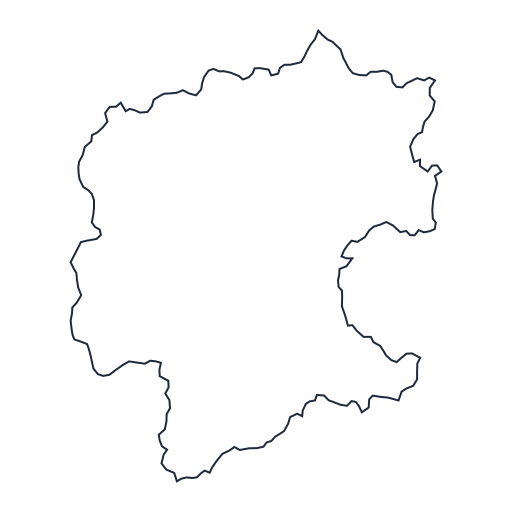 outline of Jundiaí, São Paulo, Brazil
{"feature_id": "56859067B11447727870943", "entity_name": "Jundiaí", "entity_type": "district", "adm_level": 2, "iso_a3": "BRA", "parent_name": "Brazil", "parent_adm1": "São Paulo", "projection": "robinson", "projection_center": [-46.901, -23.201], "detail": "fine", "context": "isolated", "style": "outline", "palette": "slate", "viewbox_px": 512, "rotation_deg": 0, "n_neighbors": 0, "source": "geoboundaries", "source_scale": "gbopen_adm2", "svg_char_len": 3297}
<svg xmlns="http://www.w3.org/2000/svg" viewBox="0 0 512 512"><path d="M176.9,481.3L181.5,478.6L186.8,477.4L192.1,478.0L196.9,477.4L200.8,473.4L204.6,470.6L209.7,472.7L212.0,467.6L216.4,461.3L222.4,453.8L228.9,450.8L234.5,447.0L239.7,450.0L248.9,448.3L257.1,448.1L263.5,446.7L266.5,442.5L271.3,441.0L275.2,436.6L279.5,434.1L284.1,431.0L288.1,423.8L290.1,417.1L297.2,413.7L302.2,416.2L302.7,410.6L305.8,404.0L309.6,401.4L314.9,400.5L316.9,395.0L324.1,395.5L328.7,400.3L334.7,402.5L340.7,404.8L347.0,405.8L351.5,401.1L355.8,401.9L358.8,405.8L361.9,412.3L368.7,407.5L369.2,399.4L372.7,395.6L377.5,396.4L382.4,397.1L387.6,397.5L392.2,398.7L398.5,400.5L401.6,391.6L406.5,388.5L413.2,385.8L417.1,379.4L417.1,371.8L417.3,363.7L420.2,357.8L412.0,353.4L406.5,353.7L401.0,358.1L396.7,362.1L391.1,360.0L386.0,355.3L383.6,351.1L380.2,345.9L373.5,342.2L370.8,336.9L363.6,336.9L356.7,330.7L352.4,325.2L347.9,325.6L346.3,319.5L344.3,313.1L341.9,306.3L342.2,296.1L341.9,290.5L338.6,286.9L338.0,280.2L339.2,274.8L339.5,269.0L346.5,266.2L352.3,258.3L346.5,258.3L341.5,256.4L344.1,250.3L347.5,245.3L351.6,240.7L357.3,241.9L365.0,237.1L369.2,230.4L373.8,226.6L379.7,224.8L386.4,222.0L393.0,225.5L400.2,232.1L406.3,231.0L410.1,235.2L414.7,235.2L418.7,230.1L423.9,232.3L429.8,231.2L434.7,229.1L435.8,222.6L432.8,218.7L432.3,210.0L433.0,201.3L434.0,195.2L435.4,190.2L437.1,183.4L435.0,175.9L441.4,171.5L437.2,165.4L432.0,165.6L427.7,171.5L420.0,166.1L420.0,159.7L414.2,162.0L412.6,156.5L410.1,146.7L413.5,139.0L417.6,134.0L422.1,132.1L422.9,127.1L424.6,121.5L429.2,116.5L432.8,110.3L434.7,101.4L429.7,95.5L429.8,87.9L435.0,80.4L429.2,77.6L424.1,80.4L417.1,78.2L411.5,80.9L406.6,83.2L402.4,87.4L396.4,86.8L392.6,82.1L391.3,74.8L387.5,71.8L383.1,70.7L376.9,71.8L370.6,71.8L366.3,75.4L359.2,75.0L352.8,73.2L348.6,68.1L346.1,63.1L343.6,58.6L340.5,49.4L335.9,45.2L332.5,41.8L327.7,39.6L322.4,35.1L318.3,30.7L314.9,39.3L310.8,44.4L307.2,50.7L304.4,56.6L301.0,62.2L295.4,63.6L290.4,64.7L284.4,64.8L280.0,67.8L278.1,73.7L271.3,75.4L268.6,69.6L259.8,68.1L254.6,68.4L252.6,73.4L248.7,77.3L242.9,79.5L238.9,76.0L230.4,72.6L223.8,71.2L219.3,71.4L213.5,68.9L208.6,70.6L204.1,77.0L202.1,83.4L201.2,89.4L196.1,95.3L189.2,93.5L182.9,90.2L176.9,92.7L171.6,93.3L164.1,93.7L159.0,96.4L153.7,99.7L151.8,106.4L147.4,112.0L140.0,112.6L134.4,110.1L129.7,108.9L125.7,111.2L120.7,102.7L116.1,106.7L109.7,106.9L105.1,113.0L107.4,121.7L102.9,127.3L97.1,132.6L92.0,135.1L91.3,141.3L84.8,146.9L82.7,155.0L79.2,161.5L78.3,167.0L78.6,173.2L79.5,179.1L83.1,186.8L88.6,190.5L91.8,193.9L94.0,200.3L94.0,208.6L93.2,215.1L91.8,222.5L95.2,227.1L99.7,229.6L100.9,234.9L96.6,238.9L91.4,239.9L86.5,240.7L80.9,242.1L77.4,249.1L74.0,255.6L70.6,262.3L73.8,268.7L76.4,273.1L76.9,279.3L78.1,287.2L81.2,295.2L76.9,302.5L72.3,307.5L72.0,313.7L70.6,320.6L71.6,329.0L72.5,334.6L74.3,339.4L80.8,341.6L87.1,344.1L88.8,348.9L90.4,354.7L92.0,362.1L93.5,368.7L97.9,374.1L103.1,375.9L109.4,374.8L116.4,369.5L122.7,365.1L129.1,361.4L136.6,362.5L144.8,363.7L150.3,360.7L155.9,361.4L160.9,362.8L159.4,369.8L159.7,376.2L168.3,380.7L168.6,387.4L165.3,393.5L169.4,400.1L170.0,408.3L166.6,414.2L166.5,421.2L164.8,429.4L158.8,434.7L159.7,440.5L162.0,446.3L167.1,449.7L163.6,454.7L161.5,463.4L166.3,469.6L174.2,472.9L176.9,481.3Z" fill="none" stroke="#1e293b" stroke-width="2"/></svg>